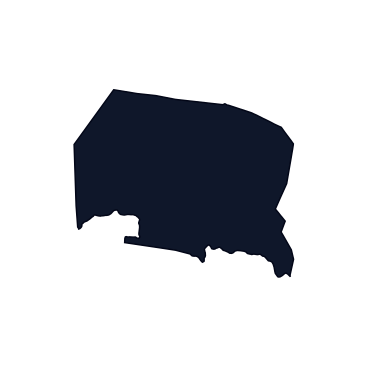 the district of San Pedro Atoyac, Oaxaca, Mexico, rotated 229°
{"feature_id": "50627088B39199375573066", "entity_name": "San Pedro Atoyac", "entity_type": "district", "adm_level": 2, "iso_a3": "MEX", "parent_name": "Mexico", "parent_adm1": "Oaxaca", "projection": "robinson", "projection_center": [-97.99, 16.522], "detail": "fine", "context": "isolated", "style": "filled", "palette": "ink", "viewbox_px": 384, "rotation_deg": 229, "n_neighbors": 0, "source": "geoboundaries", "source_scale": "gbopen_adm2", "svg_char_len": 2918}
<svg xmlns="http://www.w3.org/2000/svg" viewBox="0 0 384 384"><g transform="rotate(229 192 192)"><path d="M257.6,95.5L242.9,84.5L240.5,82.7L239.6,82.7L238.4,82.2L238.0,83.2L238.0,83.7L238.0,84.8L238.2,85.7L238.7,86.7L239.9,87.4L239.9,88.1L240.0,89.7L240.1,90.7L239.8,91.7L239.5,92.5L239.0,94.0L238.9,95.7L238.7,97.0L238.7,98.5L238.7,100.1L238.5,101.5L238.7,102.6L238.7,103.5L236.4,105.0L235.2,105.9L233.9,107.1L233.3,108.2L232.2,109.6L231.1,111.5L230.3,112.4L229.3,114.1L228.9,116.5L229.0,117.8L229.2,119.4L229.3,120.7L228.9,121.7L228.2,123.0L227.4,123.6L226.2,123.7L224.8,123.2L223.2,123.1L221.8,123.5L220.8,124.3L219.9,125.0L218.9,126.0L218.1,127.4L217.4,128.6L216.1,130.0L214.8,131.2L213.6,132.7L212.4,133.4L211.0,134.3L209.7,134.4L208.5,134.7L207.7,134.7L206.1,134.7L205.2,134.2L204.8,133.3L203.8,131.7L203.0,131.1L202.1,130.9L201.2,130.5L199.5,129.1L198.6,128.1L197.4,126.8L196.5,125.8L195.9,125.1L194.9,124.2L194.0,123.8L192.7,123.5L192.0,122.6L192.1,121.1L193.0,120.5L193.6,120.1L194.9,119.9L195.7,119.0L196.7,117.8L198.0,116.5L199.1,115.4L200.0,114.1L201.4,113.1L201.8,112.3L201.2,111.1L199.4,109.3L198.3,108.3L198.0,108.0L170.8,131.3L158.9,141.4L146.5,149.9L146.2,149.9L145.4,150.0L143.7,150.2L142.9,150.9L142.2,151.5L141.4,152.6L140.0,153.6L138.3,154.0L137.3,154.0L135.9,153.8L134.8,153.7L134.1,153.7L133.2,153.6L132.1,153.9L131.8,155.6L132.6,156.5L134.0,157.6L134.4,159.0L135.1,160.3L137.4,162.1L138.8,162.7L140.4,163.6L141.0,164.3L141.2,166.1L141.4,168.0L141.3,169.6L140.4,170.3L139.3,170.3L138.0,170.2L136.7,169.8L136.0,169.8L134.5,171.0L133.9,172.1L133.8,173.2L133.1,174.6L132.8,175.9L132.2,176.7L130.9,177.0L129.4,177.3L128.3,177.2L127.4,177.4L125.9,178.4L124.6,179.0L122.9,179.8L121.1,180.3L120.3,181.1L119.7,181.7L119.2,183.1L119.2,183.9L119.2,185.8L118.2,187.8L116.8,189.2L115.8,190.2L114.5,191.3L113.1,192.5L112.0,193.1L110.9,193.5L110.2,193.4L109.1,193.6L107.5,194.7L106.7,195.4L105.7,196.0L105.0,197.2L104.7,197.9L103.7,198.7L102.3,199.9L101.6,200.6L100.7,202.3L99.8,202.8L98.1,203.1L97.4,203.2L96.0,204.3L94.6,204.5L90.0,204.5L89.0,205.3L88.1,205.9L86.6,206.4L84.2,205.9L81.3,204.6L77.5,202.3L75.9,201.5L73.6,201.3L72.5,201.2L71.9,201.1L70.9,201.7L70.2,202.8L69.7,205.4L69.7,208.4L69.3,209.7L67.4,210.4L63.5,210.7L64.3,211.0L65.0,211.5L74.6,224.5L83.2,229.0L99.1,232.2L103.4,233.0L104.1,234.4L105.0,236.0L106.3,238.4L108.0,241.5L108.3,242.1L108.9,243.2L109.4,243.2L114.4,243.4L116.1,243.4L119.8,243.6L124.4,243.7L124.5,243.7L129.9,255.2L136.2,268.9L153.0,289.5L157.2,294.6L157.9,295.5L161.2,299.4L161.9,300.1L163.5,300.2L165.2,300.4L173.4,301.0L176.0,301.2L182.3,301.8L184.6,300.7L189.3,298.6L192.5,297.4L195.2,296.3L199.5,294.5L200.5,294.0L207.7,291.1L207.9,291.0L209.6,290.2L210.9,289.6L212.4,289.0L233.6,276.4L234.3,275.7L237.0,274.7L237.7,272.5L270.7,242.1L272.9,240.1L288.4,228.0L302.3,215.1L320.5,200.0L305.2,134.2L257.6,95.5Z" fill="#0f172a" stroke="#020617" stroke-width="1.5"/></g></svg>